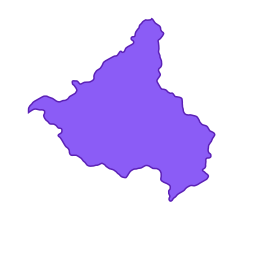 Constanza, La Vega, Dominican Republic, rotated 330°
{"feature_id": "3306468B51834332245466", "entity_name": "Constanza", "entity_type": "district", "adm_level": 2, "iso_a3": "DOM", "parent_name": "Dominican Republic", "parent_adm1": "La Vega", "projection": "orthographic", "projection_center": [-70.661, 18.86], "detail": "fine", "context": "isolated", "style": "filled", "palette": "violet", "viewbox_px": 256, "rotation_deg": 330, "n_neighbors": 0, "source": "geoboundaries", "source_scale": "gbopen_adm2", "svg_char_len": 5799}
<svg xmlns="http://www.w3.org/2000/svg" viewBox="0 0 256 256"><g transform="rotate(330 128 128)"><path d="M133.0,211.5L134.3,211.4L135.2,211.2L137.1,210.5L138.1,210.3L139.5,210.2L143.6,210.2L145.0,210.1L146.0,209.9L147.6,209.2L148.3,209.1L149.3,208.9L151.1,208.9L152.9,209.0L153.9,209.3L154.7,209.8L156.2,211.0L156.8,211.3L158.2,211.6L160.1,211.8L162.8,211.7L168.8,211.7L170.1,211.7L170.8,211.6L171.3,211.4L172.8,210.6L173.4,210.1L173.6,209.8L173.7,209.3L173.7,208.7L173.6,208.1L173.4,207.6L172.8,206.3L172.2,204.2L171.5,202.8L171.4,202.3L171.4,202.0L171.6,201.5L172.1,201.3L172.6,201.2L174.0,201.1L174.6,201.0L175.1,200.7L175.6,200.4L176.2,199.8L176.9,198.4L178.6,196.1L179.4,194.5L179.7,194.1L180.2,193.8L180.8,193.6L181.3,193.6L181.9,193.7L183.1,194.4L183.9,194.6L184.8,194.5L185.3,194.3L185.8,193.7L186.2,192.8L186.4,192.3L186.3,191.5L185.9,190.6L185.7,190.0L185.7,189.1L185.9,188.2L186.1,187.6L186.9,186.3L187.2,185.9L187.5,185.7L188.4,184.3L189.0,183.6L189.4,183.2L192.3,181.7L193.4,181.3L193.9,180.9L196.0,179.3L197.6,178.6L199.3,177.6L199.7,177.3L199.8,177.0L200.0,176.2L199.9,175.3L199.7,174.8L198.6,172.9L197.8,172.0L197.6,171.5L197.4,170.2L197.4,167.2L197.3,166.5L197.1,165.9L196.6,165.0L194.5,162.8L193.9,161.9L193.6,161.0L193.2,158.7L193.5,156.8L193.5,154.5L193.4,153.3L193.2,152.6L192.7,151.8L192.1,151.1L189.4,148.5L188.4,147.7L186.7,146.9L185.4,145.8L184.6,144.8L184.4,144.2L184.2,142.9L184.2,142.0L184.5,140.7L185.2,139.2L185.7,137.1L186.0,136.5L186.6,135.3L187.1,134.2L188.0,132.7L189.1,130.3L189.3,129.5L189.2,128.9L188.7,128.0L187.8,127.0L186.5,125.9L185.1,124.8L184.7,124.4L184.5,124.2L184.4,123.6L184.2,121.1L183.9,120.2L183.6,119.8L182.2,119.2L181.8,118.9L180.7,117.1L180.5,116.5L180.1,114.7L179.7,113.8L178.6,112.6L177.0,111.4L176.6,111.0L176.4,110.1L176.3,109.1L176.3,103.9L176.3,102.9L176.5,101.9L176.8,101.4L176.9,101.2L178.8,100.1L180.7,99.3L182.1,98.5L182.5,98.1L182.8,97.6L182.9,97.0L183.0,94.0L183.2,93.4L183.7,92.7L184.1,92.3L184.7,92.0L186.4,91.7L187.3,91.3L188.3,90.5L189.1,89.5L190.4,86.8L190.6,86.2L191.0,83.4L191.1,82.8L191.9,81.0L192.2,78.5L192.4,77.6L192.9,76.7L194.3,75.0L195.7,72.3L197.0,69.4L197.4,68.1L197.6,67.6L198.0,67.2L198.5,67.0L200.5,66.8L201.4,66.5L204.1,65.4L205.7,64.4L206.1,64.0L206.2,63.5L206.2,63.0L205.5,61.3L205.4,60.1L205.5,59.2L206.3,57.4L206.4,56.8L206.4,55.8L206.1,54.9L204.3,51.3L204.1,50.7L203.9,49.7L203.7,46.6L203.6,46.0L203.2,45.2L202.2,45.6L201.6,45.6L201.1,45.4L198.7,44.3L197.3,43.2L195.0,43.2L193.8,43.4L191.9,44.2L190.2,44.6L189.6,44.8L188.7,45.5L187.9,46.5L187.5,46.8L185.6,47.4L182.7,48.8L181.5,49.9L180.1,51.7L179.9,51.8L179.4,52.0L178.9,51.9L177.8,51.4L177.3,51.2L176.7,51.2L176.2,51.4L175.7,51.7L175.3,52.4L175.2,53.0L175.4,53.8L176.0,55.0L176.1,55.5L176.0,56.1L175.8,56.6L175.4,57.1L174.6,57.5L173.3,57.6L168.5,57.5L166.5,57.7L165.9,57.9L165.4,58.2L163.4,59.7L162.8,60.0L162.2,60.0L161.4,59.9L161.0,59.7L160.7,59.2L160.4,58.2L160.0,57.9L159.5,57.8L158.8,58.0L155.5,59.6L154.7,59.8L153.8,59.7L152.3,59.0L150.9,58.8L142.4,58.6L140.3,58.8L139.7,59.0L139.1,59.3L136.8,61.0L134.2,62.3L133.2,62.5L130.5,62.6L129.5,62.7L128.9,62.9L126.5,64.1L125.5,64.9L124.6,65.8L124.1,66.6L123.6,67.7L123.1,68.3L122.4,68.8L121.4,69.1L119.7,69.2L118.0,69.0L117.1,68.7L115.8,68.0L113.2,66.7L112.2,66.5L109.6,66.4L108.7,66.1L108.5,65.9L108.2,65.4L107.8,62.9L107.5,62.1L107.1,61.6L106.6,61.3L105.6,60.7L104.4,59.9L103.9,59.7L103.3,59.7L102.9,60.0L102.5,60.7L102.0,62.1L102.0,62.6L102.5,63.8L102.7,64.8L102.9,67.2L102.9,68.2L102.8,69.1L102.6,69.7L102.2,70.2L100.6,71.1L99.8,71.5L98.4,71.6L94.8,71.6L93.4,71.6L92.4,71.9L90.9,72.6L89.9,72.8L88.5,72.8L87.5,72.7L85.3,71.7L82.2,71.3L81.6,71.0L81.1,70.7L80.1,69.8L79.5,69.0L77.6,65.0L77.2,64.4L74.8,61.6L73.8,60.1L73.2,59.6L71.7,58.7L71.2,58.5L70.6,58.3L68.8,58.2L60.7,58.1L59.3,58.2L58.3,58.4L56.7,59.1L54.3,59.7L52.2,60.9L51.6,61.5L50.4,63.4L49.6,64.9L51.6,64.7L54.4,64.6L55.8,64.7L56.7,65.0L57.3,65.3L57.9,65.7L60.4,68.0L60.9,68.4L62.0,68.9L62.8,69.4L63.7,70.3L64.1,71.1L64.2,71.4L64.1,71.9L63.4,73.2L63.1,73.6L62.0,74.3L61.6,74.7L61.2,75.1L61.0,75.7L60.8,76.7L60.7,77.7L60.8,79.1L60.9,80.1L61.8,82.3L62.1,84.3L62.4,85.2L62.5,85.4L62.9,85.8L65.4,87.3L65.8,87.7L66.7,89.1L67.0,89.9L67.2,90.6L67.4,92.2L67.7,93.1L68.0,93.5L68.9,94.1L69.5,94.7L69.9,95.2L70.0,95.8L69.9,96.4L69.7,96.9L68.7,98.3L68.3,98.6L67.4,98.9L64.9,99.0L64.4,99.1L63.9,99.4L63.7,99.9L63.7,100.1L63.8,100.6L64.4,102.1L64.6,103.4L64.7,105.6L64.7,110.6L64.8,112.4L65.0,113.4L65.7,114.9L66.0,116.3L66.0,117.3L65.8,118.3L64.9,120.2L64.8,120.8L64.7,121.7L64.9,122.6L65.4,123.3L65.9,123.7L67.7,124.6L69.6,125.8L69.9,126.2L70.9,127.9L72.3,130.8L72.5,131.8L72.8,134.2L73.6,136.4L74.0,139.5L74.3,140.1L74.8,140.9L75.5,141.6L76.3,142.2L79.2,143.6L81.6,144.2L82.9,144.9L83.5,145.0L84.5,145.2L86.8,145.3L87.4,145.4L88.0,145.7L88.3,146.1L89.3,147.8L89.5,148.3L89.9,150.4L91.2,153.1L91.7,154.0L93.7,156.0L94.3,156.7L94.7,157.3L95.9,160.0L96.4,162.1L97.2,163.9L97.6,165.7L97.9,166.6L98.4,167.4L99.1,168.2L100.0,169.0L100.7,169.6L101.5,169.9L102.0,169.8L104.0,168.9L105.5,168.0L108.1,166.8L109.0,166.6L110.3,166.5L111.9,166.5L112.9,166.7L114.7,167.6L116.8,168.1L118.4,168.8L119.3,169.1L120.6,169.2L123.7,169.2L124.7,169.4L125.3,169.7L125.8,170.0L127.0,171.2L127.5,172.0L128.3,173.6L129.4,175.5L132.4,177.4L132.8,177.7L133.9,179.4L134.2,180.2L134.4,181.5L134.3,182.5L134.1,183.7L132.7,186.3L131.1,188.3L130.8,188.8L130.6,189.4L130.6,190.0L130.8,190.8L131.9,192.9L134.1,195.8L135.3,198.1L135.4,198.7L135.4,199.3L135.2,200.1L134.1,201.7L133.7,202.0L132.3,202.5L131.7,203.0L130.9,204.5L130.6,205.0L130.5,205.6L130.3,207.4L130.0,208.2L129.7,208.6L128.6,209.3L128.1,209.9L127.8,210.5L127.7,211.3L127.8,211.9L128.1,212.4L128.6,212.7L129.1,212.8L129.7,212.7L130.3,212.6L131.8,211.8L133.0,211.5Z" fill="#8b5cf6" stroke="#5b21b6" stroke-width="1.5"/></g></svg>